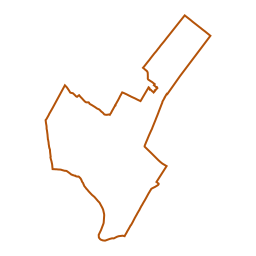 outline of Colibasi, Giurgiu, Romania
{"feature_id": "2599482B40153006578740", "entity_name": "Colibasi", "entity_type": "district", "adm_level": 2, "iso_a3": "ROU", "parent_name": "Romania", "parent_adm1": "Giurgiu", "projection": "albers", "projection_center": [26.205, 44.233], "detail": "fine", "context": "isolated", "style": "outline", "palette": "amber", "viewbox_px": 256, "rotation_deg": 0, "n_neighbors": 0, "source": "geoboundaries", "source_scale": "gbopen_adm2", "svg_char_len": 5537}
<svg xmlns="http://www.w3.org/2000/svg" viewBox="0 0 256 256"><path d="M158.4,183.5L158.2,183.4L158.0,183.2L157.2,182.5L157.0,182.3L156.9,182.1L156.5,181.9L166.6,166.1L162.4,163.6L160.4,162.0L158.4,160.2L151.8,153.6L144.6,146.6L144.7,145.7L145.3,144.2L145.8,143.0L146.0,142.5L146.1,142.1L146.4,141.6L147.0,140.1L147.3,139.5L147.7,138.4L148.3,137.0L149.0,135.3L149.5,134.2L150.8,131.3L151.5,129.8L152.0,128.8L152.1,128.6L152.3,127.9L154.2,123.2L155.5,120.0L156.1,118.4L156.8,116.7L157.6,114.7L157.9,113.9L158.2,113.2L158.8,111.5L160.4,107.4L161.3,105.0L162.0,103.3L162.3,102.7L162.3,102.2L162.5,101.5L163.6,99.6L164.8,97.4L164.7,97.3L165.7,95.7L165.9,95.4L166.1,94.9L166.9,93.8L167.3,94.1L180.0,76.1L210.4,35.8L208.7,34.4L206.1,32.3L205.4,31.7L203.0,29.9L197.7,25.7L196.3,24.6L195.3,23.8L194.6,23.3L194.5,23.2L192.7,21.8L190.7,20.1L184.7,15.4L179.2,22.3L168.8,35.4L166.4,38.4L164.4,41.0L163.5,42.1L162.0,43.9L160.5,45.7L159.2,47.5L158.2,48.7L157.2,50.0L156.3,51.2L154.3,53.5L151.0,57.7L149.3,60.0L147.9,61.7L146.4,63.6L144.6,65.9L143.0,67.8L147.0,71.2L147.0,71.3L147.1,71.5L147.6,72.2L147.7,72.8L147.8,74.6L147.8,76.4L147.9,77.0L147.8,77.5L147.8,78.7L147.9,79.0L148.0,79.2L148.4,79.7L148.9,80.0L151.2,81.5L151.9,81.9L154.7,84.1L153.9,85.2L154.8,85.9L156.0,87.0L156.8,87.0L157.0,87.4L157.3,87.8L157.3,88.0L157.1,88.2L156.8,88.7L156.7,88.8L156.2,89.2L156.3,89.2L156.2,89.3L155.1,90.6L154.4,91.4L154.5,91.5L153.8,92.3L153.6,92.5L153.2,92.0L152.4,91.4L152.1,91.1L151.7,90.8L151.5,90.6L151.1,90.1L150.8,89.8L150.6,89.7L150.4,89.5L150.2,89.5L149.9,89.6L149.8,89.3L149.7,89.3L149.6,89.2L149.4,88.6L149.4,88.1L149.1,87.8L148.9,87.5L148.6,87.3L148.1,88.3L147.9,88.6L142.7,97.4L141.6,99.3L140.5,101.1L137.3,99.6L135.2,98.5L135.0,98.4L133.0,97.5L131.9,97.0L131.2,96.7L130.2,96.1L129.4,95.8L129.1,95.6L128.3,95.2L127.3,94.7L126.6,94.3L125.9,94.0L124.4,93.3L123.8,93.0L122.7,92.6L122.2,92.4L121.9,92.9L121.0,94.6L120.8,95.0L120.6,95.3L120.1,96.1L119.7,97.0L119.1,98.2L118.7,99.0L118.3,99.7L118.1,100.1L117.7,100.9L117.4,101.3L116.6,102.8L116.3,103.3L115.6,104.5L115.3,104.9L115.1,105.2L115.4,105.6L115.1,105.9L114.6,106.4L114.4,106.7L114.0,107.5L113.5,108.3L113.2,108.9L112.9,109.5L112.7,109.8L111.9,111.2L111.1,112.8L110.9,113.2L110.4,113.8L109.9,114.6L109.8,114.8L109.6,114.7L109.1,114.5L108.8,114.5L108.5,114.5L108.3,114.6L106.8,114.8L106.3,114.8L105.4,114.7L104.8,114.6L104.3,114.4L104.0,114.1L103.5,113.5L103.0,112.9L102.4,112.4L101.6,111.8L101.0,111.3L100.4,110.6L99.8,110.0L99.1,109.4L98.4,109.1L97.7,108.8L96.7,108.3L96.3,108.0L95.8,107.6L94.6,106.8L91.7,105.0L90.2,104.2L89.4,103.6L89.1,102.8L88.7,102.4L88.2,102.3L87.1,102.4L86.1,102.3L85.1,101.7L83.7,100.3L82.0,98.4L80.8,97.2L80.0,96.3L79.1,95.2L78.6,95.5L77.1,96.8L76.7,96.7L75.9,96.2L75.0,95.2L73.4,93.7L73.0,93.3L72.4,93.1L71.2,92.9L70.5,92.7L70.2,92.5L69.0,90.5L66.9,87.4L64.9,85.3L52.7,107.8L49.0,114.3L48.8,114.9L48.4,115.6L46.9,118.3L46.3,119.3L45.6,120.1L46.0,123.1L46.5,126.0L46.6,127.7L46.6,127.8L46.6,128.8L46.7,129.2L47.0,130.7L47.3,133.1L47.5,134.6L47.7,137.2L47.8,137.8L47.9,139.4L48.1,139.8L48.3,141.0L48.5,142.0L48.6,142.9L48.7,144.3L48.9,145.1L49.1,146.9L49.2,147.2L49.3,147.5L49.3,147.8L49.4,148.1L49.5,148.5L49.8,149.1L49.9,149.5L50.0,150.1L50.0,150.8L50.1,152.2L50.5,155.5L50.6,156.1L50.7,156.3L50.4,157.2L50.6,157.7L50.7,158.6L51.5,161.4L51.7,162.4L52.1,164.2L52.2,165.1L52.3,166.1L52.3,166.4L52.4,167.3L52.5,168.2L52.6,169.1L54.2,169.2L56.6,169.3L57.4,169.4L58.7,169.5L59.6,169.5L60.3,169.6L61.0,169.7L62.2,170.1L64.4,170.7L64.9,170.8L65.4,170.8L66.3,170.9L66.6,171.0L67.5,171.6L69.3,172.9L71.2,174.4L71.4,174.6L71.8,174.7L72.2,174.8L72.7,175.0L72.9,175.1L73.0,175.2L73.4,175.2L73.6,175.3L73.8,175.4L74.1,175.5L74.3,175.6L74.5,175.7L75.1,175.7L75.2,175.8L75.4,175.8L75.5,176.0L75.8,176.2L76.0,176.3L76.6,176.4L76.9,176.5L77.1,176.6L77.5,176.6L78.1,176.5L78.5,176.5L79.0,176.8L79.3,177.1L79.4,177.3L79.7,177.6L79.9,177.7L80.2,178.0L80.3,178.2L80.6,178.5L80.9,179.0L81.0,179.2L81.2,179.5L81.3,179.7L81.4,180.1L81.5,180.2L81.6,180.4L81.7,180.6L81.8,181.1L82.0,181.5L82.2,181.9L82.4,182.2L82.6,182.5L82.9,182.8L83.1,183.1L83.3,183.6L83.4,184.0L83.5,184.3L83.6,184.6L83.8,184.8L83.9,185.0L84.2,185.9L84.3,186.1L84.9,186.8L85.3,187.3L85.8,187.9L86.1,188.4L86.6,189.0L87.1,189.4L87.4,189.8L88.7,191.4L91.9,194.8L94.5,197.0L98.1,201.2L99.5,202.6L102.3,207.8L103.1,209.6L104.1,214.0L104.2,215.3L103.7,222.5L103.5,223.5L101.0,230.1L98.7,234.9L98.9,237.6L100.0,239.0L100.7,239.6L102.8,240.4L104.6,240.6L105.2,240.6L109.8,238.9L112.1,238.3L113.8,238.4L116.9,236.8L118.7,236.2L121.9,235.8L122.8,235.7L123.8,236.0L124.6,236.2L125.3,234.8L126.1,233.5L126.3,233.1L126.7,232.5L127.0,231.8L127.4,231.1L127.6,230.7L127.8,230.4L128.4,229.4L128.6,229.0L128.8,228.8L129.2,227.9L129.9,226.8L130.0,226.6L130.1,226.4L130.3,226.1L130.3,225.9L130.4,225.7L130.6,225.4L130.8,225.2L131.1,225.0L131.2,224.8L132.8,221.9L133.4,220.7L134.0,219.5L134.5,218.6L134.6,218.3L135.4,216.9L136.0,215.8L136.2,215.5L136.7,214.6L137.5,213.1L138.1,212.1L138.9,210.7L139.5,209.8L139.6,209.4L139.8,209.1L140.0,208.7L140.2,208.3L140.4,207.9L140.9,207.0L141.4,206.0L141.9,205.3L142.3,204.6L143.1,203.1L143.3,202.8L143.6,202.3L143.7,202.1L144.1,201.4L144.5,200.8L145.8,198.5L146.4,197.4L147.7,195.0L147.8,194.8L148.8,193.0L149.4,192.1L149.7,191.5L150.1,190.8L150.5,190.3L151.0,189.3L151.3,188.9L151.7,188.6L153.0,187.9L155.4,186.7L156.3,186.1L157.0,185.7L157.6,185.3L157.8,185.2L158.4,184.6L158.6,184.3L158.6,184.1L158.6,183.9L158.6,183.7L158.4,183.6L158.4,183.5Z" fill="none" stroke="#b45309" stroke-width="2"/></svg>